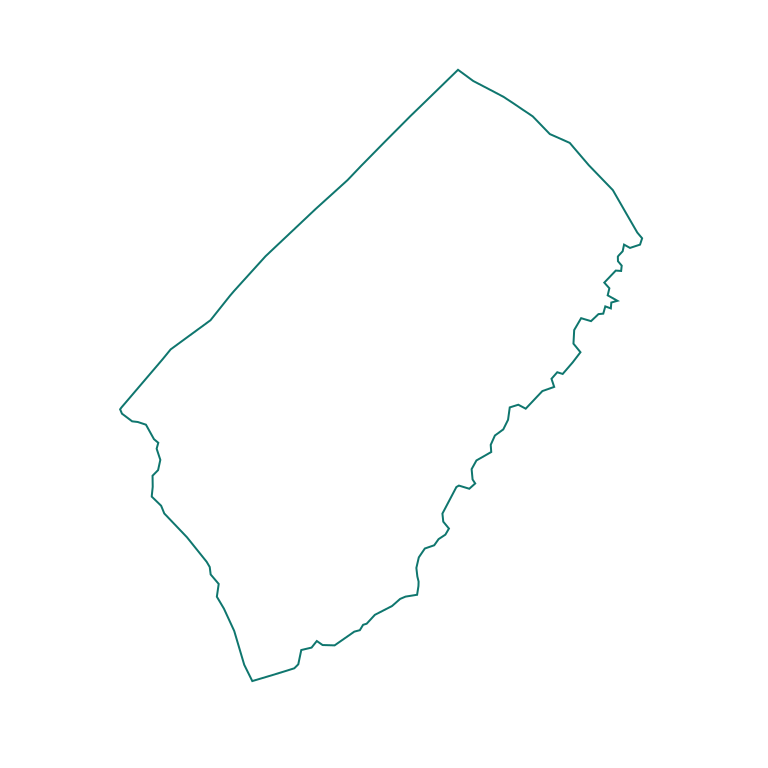 Camuy, Puerto Rico, rotated 46°
{"feature_id": "32010507B35175802889516", "entity_name": "Camuy", "entity_type": "district", "adm_level": 2, "iso_a3": "PRI", "parent_name": "Puerto Rico", "parent_adm1": "", "projection": "orthographic", "projection_center": [-66.848, 18.417], "detail": "fine", "context": "isolated", "style": "outline", "palette": "teal", "viewbox_px": 768, "rotation_deg": 46, "n_neighbors": 0, "source": "geoboundaries", "source_scale": "gbopen_adm2", "svg_char_len": 1848}
<svg xmlns="http://www.w3.org/2000/svg" viewBox="0 0 768 768"><g transform="rotate(46 384 384)"><path d="M240.3,587.5L247.9,583.5L263.9,587.8L269.5,587.2L272.6,592.5L283.2,597.6L289.0,606.3L289.2,614.2L297.3,621.8L303.2,628.8L303.7,629.3L316.8,628.9L324.5,632.0L357.1,632.2L357.4,632.2L388.8,635.1L394.6,636.5L400.6,641.0L413.0,641.8L420.9,652.0L434.4,655.2L457.6,663.3L488.9,679.6L506.2,685.1L516.0,666.2L521.9,654.6L526.2,646.0L526.1,640.4L517.9,628.3L523.3,619.2L522.2,610.9L529.1,609.5L537.7,601.1L541.5,577.4L544.3,572.4L542.7,566.3L544.4,563.0L543.7,550.9L549.3,532.4L549.8,521.7L551.9,516.2L558.6,506.6L553.3,499.6L550.2,496.4L545.6,493.7L538.8,488.5L532.9,479.4L530.7,468.9L534.9,459.9L533.5,452.5L535.0,444.5L533.1,437.7L524.2,437.0L517.8,432.0L508.4,403.5L509.1,400.7L518.6,395.4L518.9,387.5L514.2,386.6L506.1,380.1L503.2,370.6L507.4,354.1L501.9,349.5L498.1,340.0L499.5,329.7L495.9,319.6L488.2,309.8L492.2,301.8L500.2,299.2L499.4,281.9L499.1,275.0L504.3,263.6L496.6,259.9L495.9,251.2L500.9,248.5L499.5,233.1L497.6,220.6L486.6,219.7L477.3,209.7L473.6,196.5L482.6,191.4L482.7,181.2L485.7,177.4L481.9,170.9L487.2,168.3L483.3,163.9L486.3,158.3L475.6,161.5L471.7,155.4L464.1,155.1L463.4,138.5L467.4,134.9L464.0,130.8L458.2,130.4L454.9,127.4L454.6,126.2L454.3,120.1L450.5,114.5L457.0,112.5L461.6,103.0L458.5,97.1L451.0,96.6L429.3,91.2L414.2,87.4L403.5,84.7L392.2,84.7L390.8,84.7L376.3,84.7L375.5,84.7L368.8,84.7L345.7,83.3L341.3,83.0L339.6,82.9L324.5,89.0L319.4,91.1L294.8,91.1L284.5,93.3L284.2,93.4L272.2,95.9L264.3,97.7L261.0,98.4L254.5,100.5L228.1,109.3L224.0,110.0L209.4,112.5L209.6,162.3L209.6,178.7L210.3,213.8L211.2,249.1L212.0,268.6L210.6,311.4L209.8,380.4L212.9,426.9L213.5,433.3L217.6,464.5L210.9,513.4L212.4,526.1L218.5,589.2L218.9,591.4L223.3,593.1L235.9,591.1L240.3,587.5Z" fill="none" stroke="#0f766e" stroke-width="2"/></g></svg>